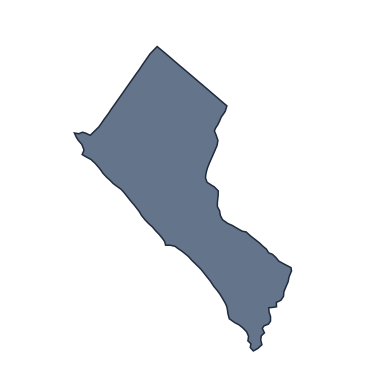 the district of Vila Velha, Espírito Santo, Brazil, rotated 117°
{"feature_id": "56859067B3847278912297", "entity_name": "Vila Velha", "entity_type": "district", "adm_level": 2, "iso_a3": "BRA", "parent_name": "Brazil", "parent_adm1": "Espírito Santo", "projection": "natural_earth1", "projection_center": [-40.359, -20.427], "detail": "fine", "context": "isolated", "style": "filled", "palette": "slate", "viewbox_px": 384, "rotation_deg": 117, "n_neighbors": 0, "source": "geoboundaries", "source_scale": "gbopen_adm2", "svg_char_len": 1982}
<svg xmlns="http://www.w3.org/2000/svg" viewBox="0 0 384 384"><g transform="rotate(117 192 192)"><path d="M196.2,158.9L193.6,162.7L190.1,164.5L186.5,165.9L183.3,167.1L179.1,169.1L177.3,174.5L177.0,178.5L176.5,183.0L173.4,186.3L170.5,187.5L166.8,188.5L163.2,189.2L157.4,189.7L149.9,190.1L144.9,190.4L139.2,190.8L134.3,192.3L130.4,196.3L127.4,199.8L124.1,200.0L120.7,199.6L116.5,199.6L112.2,200.0L105.3,199.0L99.4,200.0L98.3,204.8L94.4,220.9L92.1,230.3L90.5,237.2L88.4,245.9L87.5,249.7L83.3,267.5L81.8,273.5L78.2,289.1L87.9,292.1L100.4,293.8L108.0,294.7L111.4,295.3L122.6,296.9L132.4,298.3L136.2,298.8L151.3,301.0L155.3,301.6L159.4,302.0L166.6,303.2L176.1,304.5L187.7,308.4L187.8,313.1L188.4,316.6L191.5,319.4L192.8,323.6L195.8,319.8L197.7,316.6L199.6,311.8L203.7,307.2L208.5,306.9L208.8,302.4L208.9,296.7L210.4,291.4L212.3,286.6L214.0,283.0L215.7,279.9L217.5,275.0L218.9,269.9L220.3,265.9L221.1,260.8L221.8,256.4L223.1,252.8L225.2,248.2L227.7,242.8L229.4,238.6L231.5,234.0L233.6,229.7L235.9,226.2L238.1,221.3L239.9,216.0L241.1,211.4L243.2,206.4L244.8,201.7L246.7,197.4L248.6,193.8L251.4,191.4L249.2,186.9L248.1,182.4L248.8,178.5L249.2,174.8L250.1,170.3L251.1,165.8L252.8,161.5L254.2,157.0L255.8,151.9L257.0,148.4L259.4,143.2L261.2,139.3L262.8,135.7L266.2,129.7L268.2,125.0L270.2,121.0L273.2,116.1L275.8,112.1L278.3,109.0L281.1,106.8L283.9,104.9L288.0,101.3L289.0,94.5L289.0,89.8L290.0,85.1L291.8,79.8L294.9,76.1L299.3,74.6L300.5,70.6L304.1,69.5L305.8,65.2L301.5,62.3L296.3,60.4L292.8,63.5L288.7,65.0L284.6,63.5L281.5,67.5L278.5,67.0L275.0,63.9L271.5,63.4L267.4,65.4L264.1,68.7L260.3,71.1L258.2,67.7L255.9,64.6L252.1,66.7L248.0,63.6L243.4,63.1L239.3,64.8L234.8,65.2L228.5,65.6L223.4,67.0L217.1,67.5L214.4,69.5L214.4,76.3L214.2,83.2L212.3,87.5L211.0,92.0L211.4,96.1L209.1,99.9L208.0,104.8L206.8,108.6L205.7,114.0L204.5,120.3L203.0,125.6L204.1,129.3L203.9,135.3L203.5,141.0L203.8,145.9L202.8,152.3L199.9,156.2L196.2,158.9Z" fill="#64748b" stroke="#1e293b" stroke-width="1.5"/></g></svg>